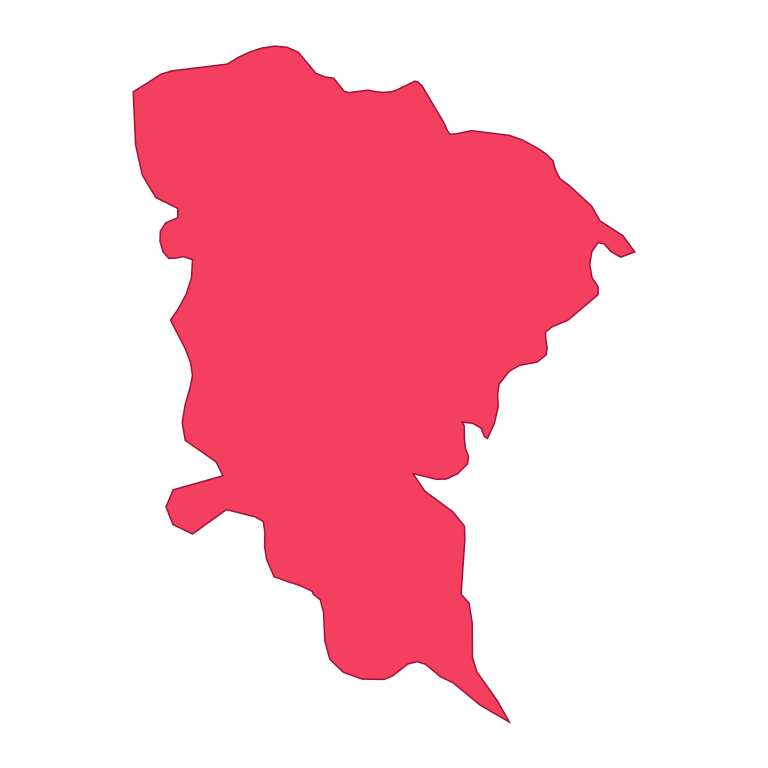 an SVG outline of Al Minufiyah
{"feature_id": "EGY-1532", "entity_name": "Al Minufiyah", "entity_type": "Governorate", "adm_level": 1, "iso_a3": "EGY", "parent_name": "Egypt", "parent_adm1": "", "projection": "mercator", "projection_center": [31.025, 30.446], "detail": "fine", "context": "isolated", "style": "filled", "palette": "rose", "viewbox_px": 768, "rotation_deg": 0, "n_neighbors": 0, "source": "natural_earth", "source_scale": "10m", "svg_char_len": 1884}
<svg xmlns="http://www.w3.org/2000/svg" viewBox="0 0 768 768"><path d="M384.3,679.4L362.2,679.1L343.2,672.2L329.8,659.2L324.8,640.8L323.6,612.8L320.3,599.8L313.4,594.3L312.1,591.2L299.4,585.3L287.5,581.6L277.2,577.7L274.1,576.9L266.7,559.5L264.6,546.9L264.9,532.9L263.3,521.6L255.3,516.9L226.4,509.6L192.5,534.0L173.0,524.6L166.0,506.9L173.2,489.8L222.9,475.8L216.1,461.9L185.2,440.3L182.2,422.5L185.2,404.5L190.0,388.2L192.5,375.6L190.5,362.4L185.1,348.3L170.5,320.1L178.5,308.5L186.2,294.2L191.5,277.8L192.5,259.7L183.8,256.6L175.8,258.1L168.8,258.4L163.1,251.9L160.0,241.5L160.3,231.4L165.6,222.9L177.8,217.7L177.8,208.4L155.9,197.6L142.4,175.3L135.6,145.0L133.2,91.8L147.0,83.2L161.1,74.1L172.2,70.8L227.3,64.1L238.1,57.5L250.3,51.8L262.0,48.0L274.7,46.1L287.1,47.3L298.3,52.2L315.8,73.2L325.0,77.0L333.7,78.2L343.9,91.1L348.9,92.6L368.1,90.2L377.4,91.9L383.1,92.4L391.3,91.8L396.3,90.2L414.7,81.2L417.8,81.9L421.9,85.6L443.9,122.7L447.2,130.2L449.9,134.3L455.6,133.9L471.5,130.7L509.4,135.4L522.6,140.1L537.9,148.4L546.0,153.9L553.0,160.7L555.3,169.6L560.1,178.8L569.0,185.4L591.6,206.1L599.9,220.8L623.0,235.8L634.8,251.9L620.8,257.2L611.2,251.8L604.2,244.0L598.1,242.6L591.8,251.8L589.8,264.6L592.0,277.6L598.1,286.8L598.1,294.6L568.0,320.1L551.1,327.3L550.0,328.7L545.5,331.9L545.8,339.4L547.2,348.2L546.0,355.0L537.3,362.0L519.3,365.4L509.2,371.3L499.1,384.1L497.6,394.6L498.2,406.4L494.5,423.2L487.4,438.5L484.5,436.7L481.0,428.1L472.5,423.2L462.6,422.3L461.7,421.6L464.2,425.9L464.5,440.3L465.6,448.9L468.5,456.2L467.5,463.9L457.8,473.6L446.4,479.0L436.5,479.3L413.0,473.6L424.8,491.1L452.8,511.8L464.5,526.2L464.9,538.8L461.1,594.3L469.0,603.0L472.2,622.7L472.5,657.8L477.0,672.0L497.3,700.7L509.2,721.9L492.4,712.3L479.8,704.9L453.2,682.9L440.3,676.6L425.7,664.4L417.0,661.6L407.6,664.1L392.6,675.9L384.3,679.4Z" fill="#f43f5e" stroke="#9f1239" stroke-width="1.5"/></svg>